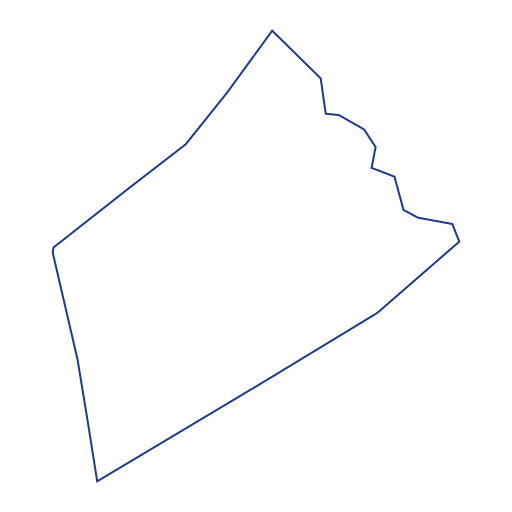 the district of Clay, West Virginia, United States of America
{"feature_id": "52423323B8286082646213", "entity_name": "Clay", "entity_type": "district", "adm_level": 2, "iso_a3": "USA", "parent_name": "United States of America", "parent_adm1": "West Virginia", "projection": "albers", "projection_center": [-81.025, 38.466], "detail": "fine", "context": "isolated", "style": "outline", "palette": "blue", "viewbox_px": 512, "rotation_deg": 0, "n_neighbors": 0, "source": "geoboundaries", "source_scale": "gbopen_adm2", "svg_char_len": 407}
<svg xmlns="http://www.w3.org/2000/svg" viewBox="0 0 512 512"><path d="M403.5,210.0L394.5,176.7L371.6,167.9L375.6,147.0L364.0,129.4L338.9,115.1L325.7,113.7L320.7,78.4L272.2,30.7L226.8,93.0L185.7,144.3L130.4,187.0L53.5,247.5L52.7,252.6L77.6,359.8L88.3,425.1L97.2,481.3L213.4,411.9L263.1,382.2L377.3,312.9L459.3,241.6L452.3,224.0L418.0,217.7L403.5,210.0Z" fill="none" stroke="#1e3a8a" stroke-width="2"/></svg>